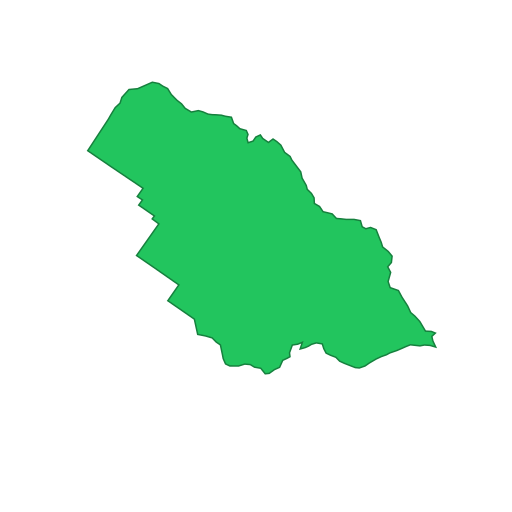 the district of Paraíso do Sul, Rio Grande do Sul, Brazil, rotated 304°
{"feature_id": "56859067B73177855032740", "entity_name": "Paraíso do Sul", "entity_type": "district", "adm_level": 2, "iso_a3": "BRA", "parent_name": "Brazil", "parent_adm1": "Rio Grande do Sul", "projection": "orthographic", "projection_center": [-53.114, -29.705], "detail": "fine", "context": "isolated", "style": "filled", "palette": "green", "viewbox_px": 512, "rotation_deg": 304, "n_neighbors": 0, "source": "geoboundaries", "source_scale": "gbopen_adm2", "svg_char_len": 2028}
<svg xmlns="http://www.w3.org/2000/svg" viewBox="0 0 512 512"><g transform="rotate(304 256 256)"><path d="M203.6,344.6L207.6,348.0L210.6,349.9L213.8,351.4L217.7,354.6L220.2,360.1L217.1,364.0L214.7,368.4L215.4,373.3L216.7,378.9L215.6,384.2L216.4,389.1L217.7,394.9L219.0,400.7L221.0,404.3L225.8,407.9L230.7,409.8L237.8,413.2L242.8,416.2L247.1,419.4L250.4,421.1L253.6,423.5L256.5,425.7L260.4,428.2L264.7,430.9L268.7,433.6L271.1,438.2L273.2,442.2L276.4,445.4L279.2,450.3L281.0,455.9L284.5,450.1L287.7,446.7L292.4,447.8L291.5,443.5L288.5,438.5L293.3,428.4L295.0,421.3L295.6,415.9L299.4,409.6L303.5,400.0L307.0,393.4L304.8,384.9L308.7,379.8L317.7,376.8L320.7,371.2L326.3,371.9L332.0,368.9L333.7,363.1L334.3,355.9L337.4,352.1L340.2,347.8L345.0,340.9L343.7,335.0L340.0,331.8L339.6,327.7L343.7,322.8L341.1,316.7L336.7,310.2L334.2,305.4L332.1,301.7L333.5,295.6L331.7,290.7L330.2,286.8L332.6,281.0L332.2,275.0L336.7,271.6L338.9,266.9L339.9,261.2L342.6,258.2L346.3,250.7L350.8,246.0L355.6,232.0L357.6,228.6L357.9,221.8L361.8,214.6L362.5,209.2L362.5,204.7L357.1,202.8L357.2,195.8L358.8,191.9L354.5,189.3L349.6,189.3L345.5,186.1L348.6,182.5L352.3,181.4L354.6,177.8L352.5,171.4L353.1,167.4L353.3,163.4L357.3,158.0L354.7,152.4L353.4,148.6L350.7,143.9L348.7,140.7L346.8,136.9L345.8,131.4L344.3,126.9L339.2,121.9L338.8,114.7L340.5,109.2L340.9,103.4L342.5,95.5L345.4,89.1L344.7,83.8L344.7,79.1L342.1,72.9L328.5,64.3L323.0,57.6L312.5,56.1L306.7,57.8L300.4,56.3L292.0,56.7L286.8,57.1L257.3,57.5L249.2,57.6L249.0,85.3L249.0,124.5L238.9,124.3L239.0,130.5L232.6,130.3L232.4,149.4L228.7,149.2L228.3,157.5L189.6,156.7L189.4,177.6L188.9,208.2L169.6,207.9L169.2,240.2L158.4,251.5L160.0,255.3L161.5,258.9L163.6,265.5L162.4,271.2L162.4,276.2L155.6,283.2L152.6,286.2L149.5,291.1L150.2,295.8L155.0,303.0L160.1,307.1L162.8,312.0L163.0,316.9L165.6,322.7L163.5,329.5L166.1,332.6L172.1,334.8L176.9,337.8L184.5,336.5L188.4,338.9L191.5,340.5L194.5,337.9L202.5,335.9L206.2,339.9L210.4,342.7L203.6,344.6Z" fill="#22c55e" stroke="#15803d" stroke-width="1.5"/></g></svg>